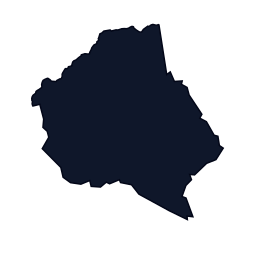 the district of Sevier, Tennessee, United States of America, rotated 171°
{"feature_id": "52423323B91175482939714", "entity_name": "Sevier", "entity_type": "district", "adm_level": 2, "iso_a3": "USA", "parent_name": "United States of America", "parent_adm1": "Tennessee", "projection": "mercator", "projection_center": [-83.473, 35.803], "detail": "fine", "context": "isolated", "style": "filled", "palette": "ink", "viewbox_px": 256, "rotation_deg": 171, "n_neighbors": 0, "source": "geoboundaries", "source_scale": "gbopen_adm2", "svg_char_len": 1834}
<svg xmlns="http://www.w3.org/2000/svg" viewBox="0 0 256 256"><g transform="rotate(171 128 128)"><path d="M199.8,89.5L193.3,83.0L183.3,79.9L174.0,82.1L173.5,76.1L164.4,74.0L157.9,77.9L154.9,75.8L144.6,78.3L143.9,75.3L133.4,71.4L127.6,61.0L100.0,39.7L83.7,28.3L83.5,31.8L77.8,30.2L81.7,49.8L85.4,51.9L79.8,62.2L73.4,67.0L74.4,72.5L69.6,71.3L55.9,80.8L46.1,83.0L37.1,93.2L40.5,96.4L40.5,105.8L44.1,107.4L49.6,122.0L55.6,126.5L52.9,130.0L62.5,151.0L63.3,158.8L68.4,162.8L67.1,166.0L74.9,166.7L77.5,176.8L81.4,174.7L81.3,225.0L82.0,225.4L83.0,225.0L84.6,225.3L87.2,226.4L88.9,226.2L90.0,225.8L90.4,225.4L91.6,225.0L92.5,225.5L97.4,223.0L99.5,220.7L100.9,220.8L101.9,221.2L104.4,223.4L106.6,225.9L106.8,227.1L107.4,227.5L108.6,227.7L110.5,227.1L111.8,226.5L113.9,226.3L116.2,226.8L118.6,227.0L122.4,226.4L124.7,226.8L129.3,226.4L130.3,227.6L136.7,227.5L139.0,225.9L141.0,225.4L142.7,221.9L143.4,220.8L143.1,219.3L143.2,219.1L144.5,218.5L145.4,217.8L145.4,216.7L145.8,216.2L148.7,215.3L151.1,213.0L152.2,211.0L154.0,208.6L154.4,207.3L156.0,207.3L158.9,208.1L162.6,207.6L162.8,207.4L163.0,206.6L165.8,205.2L167.8,203.9L168.6,203.4L171.0,202.8L172.3,201.8L173.7,198.8L173.6,198.3L176.5,197.8L177.2,197.9L177.6,197.0L178.7,196.1L179.2,195.9L179.8,196.4L180.5,196.4L180.9,196.2L183.9,192.6L184.6,191.5L184.8,190.5L184.8,189.6L185.4,188.4L186.1,187.4L186.9,187.0L187.6,187.2L190.8,186.1L191.7,185.1L196.4,186.2L197.4,187.8L199.2,189.5L199.9,189.7L202.7,189.0L204.4,188.3L205.6,186.6L206.5,184.4L206.6,182.1L207.1,181.4L209.8,180.0L211.7,179.3L213.1,178.5L213.8,176.8L215.1,176.0L216.5,175.3L217.6,174.1L218.4,172.4L218.6,170.2L218.2,169.2L218.6,167.9L218.9,166.9L218.8,165.7L218.5,164.6L211.4,165.2L209.9,150.0L211.9,141.9L208.3,137.4L207.7,131.2L215.9,121.0L200.5,99.6L199.8,89.5Z" fill="#0f172a" stroke="#020617" stroke-width="1.5"/></g></svg>